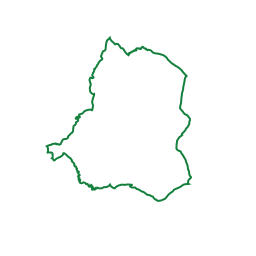 outline of Ghinda, Semenawi Keyih Bahri, Eritrea, rotated 51°
{"feature_id": "51966322B62460220695026", "entity_name": "Ghinda", "entity_type": "district", "adm_level": 2, "iso_a3": "ERI", "parent_name": "Eritrea", "parent_adm1": "Semenawi Keyih Bahri", "projection": "orthographic", "projection_center": [39.133, 15.477], "detail": "fine", "context": "isolated", "style": "outline", "palette": "green", "viewbox_px": 256, "rotation_deg": 51, "n_neighbors": 0, "source": "geoboundaries", "source_scale": "gbopen_adm2", "svg_char_len": 5750}
<svg xmlns="http://www.w3.org/2000/svg" viewBox="0 0 256 256"><g transform="rotate(51 128 128)"><path d="M53.7,101.2L55.2,103.8L56.1,104.1L57.7,104.2L58.3,104.8L58.4,105.5L58.1,106.8L58.2,107.5L58.4,108.2L58.7,109.8L59.3,110.6L59.8,112.7L60.5,113.7L60.8,115.5L61.4,116.7L61.0,117.2L62.3,118.4L62.8,119.0L63.1,120.2L64.3,122.4L64.8,122.8L65.8,123.0L66.5,122.8L67.1,123.1L67.1,123.9L66.7,124.5L65.2,125.7L66.4,127.7L67.7,128.2L68.9,128.9L69.8,129.0L70.6,129.4L71.7,130.8L72.4,132.0L73.5,133.0L76.1,134.5L76.8,134.6L78.7,134.3L79.4,134.0L79.9,133.6L80.2,132.9L80.7,133.2L81.5,134.2L82.9,136.6L83.9,137.8L84.8,139.2L85.8,139.9L88.5,141.0L90.2,142.8L91.5,144.5L91.5,144.9L90.6,145.2L89.8,145.9L88.6,148.0L88.1,149.2L87.5,151.6L88.0,153.2L88.0,154.3L86.8,157.5L87.1,157.9L87.5,158.1L89.0,158.4L89.2,158.6L89.3,158.9L89.3,159.3L89.0,159.8L88.3,160.1L87.5,160.2L87.3,160.5L87.2,160.9L87.5,162.4L87.7,162.7L87.9,162.7L89.0,161.7L89.6,161.6L90.3,161.6L90.6,161.8L91.1,162.8L91.1,163.4L90.8,164.7L91.2,165.2L91.8,165.7L92.3,166.9L92.2,168.5L92.3,169.2L93.9,170.7L94.2,171.2L95.5,172.3L96.0,173.1L96.5,174.3L96.3,176.1L96.7,177.6L96.7,179.5L97.1,180.2L97.6,180.5L97.9,181.9L97.5,183.0L96.2,185.1L96.1,185.5L96.1,186.1L96.5,186.9L96.5,187.4L97.3,188.7L97.5,189.5L98.1,190.5L97.8,191.3L97.8,191.8L97.6,192.1L96.2,192.7L95.5,194.0L94.6,193.9L94.1,194.9L93.0,196.5L92.8,196.8L92.8,198.1L91.8,200.0L91.8,200.4L91.5,200.9L91.1,202.6L91.6,202.5L92.6,202.7L93.9,203.3L95.7,204.8L96.4,205.9L96.6,205.9L97.1,204.9L98.6,203.3L99.2,202.8L99.7,202.6L100.3,202.8L101.5,203.4L102.8,204.5L103.6,205.5L103.6,206.2L104.7,205.8L106.0,206.0L106.7,205.9L106.9,205.3L106.8,203.6L106.9,202.5L107.2,200.8L107.9,198.9L108.0,196.1L107.9,195.6L107.0,194.3L107.0,193.9L107.6,193.4L110.0,192.8L112.3,192.6L114.7,192.0L115.1,191.8L115.6,191.9L116.3,191.7L117.0,192.0L117.9,191.9L118.7,192.6L119.2,192.4L120.1,192.4L121.2,192.2L122.0,192.5L122.6,192.5L122.9,192.8L123.1,193.2L123.9,193.3L124.3,193.5L124.5,193.4L125.0,192.8L125.5,192.8L126.4,193.1L126.7,193.4L127.0,193.4L127.2,193.2L127.5,193.2L127.8,193.9L128.1,194.1L129.0,194.3L129.4,194.2L130.3,194.8L130.7,193.9L131.1,193.8L131.4,194.1L132.0,195.1L132.3,195.4L133.2,195.5L133.9,195.1L134.3,195.3L134.4,195.7L134.1,196.5L134.5,196.6L134.7,196.8L134.6,197.4L135.1,197.5L136.0,197.9L136.5,197.5L136.7,197.9L136.6,198.5L137.0,198.7L137.8,197.9L138.0,197.9L138.0,198.3L137.7,198.6L137.9,198.9L138.7,198.6L138.9,199.4L139.0,199.5L139.6,199.3L140.2,199.7L140.5,199.7L140.8,199.6L141.1,199.3L141.8,198.8L142.1,197.4L142.1,197.0L142.7,196.6L143.3,196.1L144.0,195.7L145.2,195.9L145.7,195.3L146.0,194.7L147.7,194.9L148.7,195.3L148.9,195.2L149.2,194.8L149.7,194.6L149.8,194.4L149.1,193.6L149.9,193.6L150.1,193.4L149.7,192.8L149.6,192.5L150.3,192.6L151.0,192.4L151.5,192.7L151.9,192.6L152.2,192.9L152.0,193.7L152.3,194.1L152.8,194.4L153.2,193.7L153.7,194.2L154.1,193.7L154.5,193.1L154.3,192.8L153.8,192.8L153.6,192.8L153.6,192.5L153.9,192.3L154.7,192.3L155.0,192.1L154.8,191.5L154.4,191.0L155.0,190.8L154.8,190.1L154.9,189.5L155.4,189.0L156.2,189.0L158.0,186.8L158.5,185.8L158.7,184.2L160.2,182.0L160.6,181.2L160.8,180.6L161.0,179.3L160.6,177.6L161.7,177.8L162.7,177.9L165.2,177.2L166.3,176.6L166.5,176.0L166.2,174.4L166.6,172.0L166.8,171.3L167.6,169.7L167.8,168.9L169.1,167.4L170.1,166.4L171.8,163.6L174.5,160.8L174.8,161.0L174.5,162.5L174.5,162.9L174.7,163.1L176.4,162.6L177.1,162.0L178.5,160.2L178.9,159.8L180.7,159.7L181.3,159.2L182.9,158.3L186.3,157.1L187.5,156.1L188.4,156.0L190.0,155.5L192.0,155.1L193.3,153.9L194.2,153.2L194.7,153.0L195.8,152.7L197.1,151.8L198.6,152.1L200.4,151.8L201.3,151.5L201.6,151.1L202.1,151.2L203.2,150.8L203.8,150.2L205.2,147.8L205.6,146.3L206.3,143.7L206.3,143.0L205.3,138.7L205.2,136.7L205.4,133.6L205.4,132.9L205.0,131.7L205.0,130.7L206.7,124.6L206.8,122.4L207.0,120.4L208.0,118.3L209.1,117.0L209.6,116.1L209.1,116.3L208.4,115.9L207.0,114.4L206.7,113.9L206.4,112.7L206.4,111.2L206.1,110.2L205.9,110.0L204.5,110.0L203.2,109.7L201.6,109.0L200.6,108.2L199.7,107.7L198.3,107.5L195.8,106.0L194.6,105.5L194.1,105.1L191.5,104.4L189.5,103.5L187.5,103.0L185.5,102.9L185.0,102.6L184.4,102.5L181.7,102.4L179.4,101.9L178.8,102.1L177.6,102.9L176.2,103.4L174.9,103.4L174.1,103.1L173.4,102.3L171.9,101.1L170.5,99.7L169.7,98.6L168.9,98.0L168.5,97.2L167.5,93.9L167.6,90.3L166.5,89.9L166.3,87.6L166.0,86.1L166.0,85.6L165.8,84.8L165.2,83.8L165.0,83.2L164.7,80.9L163.6,78.2L163.3,77.7L162.0,76.7L161.6,76.2L161.2,75.2L159.8,74.1L157.7,73.9L156.8,74.0L155.0,74.0L152.9,75.2L151.0,75.2L149.9,75.1L147.5,75.2L145.8,75.2L145.3,75.1L143.3,72.9L142.5,71.8L140.7,69.8L139.3,68.6L138.6,67.8L137.5,66.8L136.2,65.3L135.3,64.6L132.5,60.7L130.4,58.7L129.7,57.6L125.3,52.5L124.6,51.1L124.5,49.8L119.4,50.1L116.7,50.0L115.3,50.2L112.8,50.7L112.1,51.0L110.4,51.5L109.9,51.9L107.6,52.4L106.2,53.0L104.9,53.3L100.6,53.9L99.3,53.9L97.7,53.7L95.3,54.2L94.2,54.5L92.2,55.6L89.6,57.5L88.8,58.1L87.1,59.9L85.7,60.8L84.6,61.3L83.1,61.2L82.6,61.3L81.6,61.7L80.3,62.6L79.9,63.2L79.9,63.7L79.6,63.9L78.8,64.1L78.1,64.5L77.7,64.1L76.8,64.8L75.9,65.3L75.1,65.2L74.1,65.5L74.0,66.7L74.5,67.6L74.6,68.3L74.5,68.6L74.3,68.8L73.8,68.7L73.7,69.2L73.5,69.4L72.7,69.7L72.5,70.1L72.0,70.6L71.5,71.3L71.6,71.7L72.9,72.7L72.8,72.9L72.3,73.1L71.8,73.2L71.7,73.9L72.1,74.3L71.6,74.9L71.6,75.8L71.2,76.2L71.4,76.6L71.3,77.0L71.4,77.5L70.8,78.5L70.8,78.9L71.1,79.3L71.1,79.6L70.9,79.9L70.5,80.1L70.5,80.3L71.3,80.6L71.3,81.4L71.7,81.7L71.7,81.9L70.8,81.9L69.9,82.3L67.2,82.4L63.2,81.9L62.7,82.1L61.6,83.1L60.8,83.2L59.0,82.9L56.8,82.9L55.5,83.7L54.8,85.4L52.9,85.5L49.8,86.0L47.1,85.8L46.4,85.4L46.8,88.1L46.7,89.2L47.1,89.7L48.1,91.2L50.4,93.7L52.6,95.7L52.9,96.3L53.2,97.6L52.7,98.9L52.8,99.6L53.4,100.4L53.7,101.2Z" fill="none" stroke="#15803d" stroke-width="2"/></g></svg>